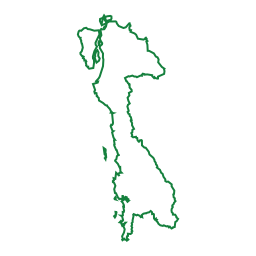 the district of Mawlamyine, Mon, Myanmar
{"feature_id": "60261553B68016490563167", "entity_name": "Mawlamyine", "entity_type": "district", "adm_level": 2, "iso_a3": "MMR", "parent_name": "Myanmar", "parent_adm1": "Mon", "projection": "orthographic", "projection_center": [97.813, 15.742], "detail": "fine", "context": "isolated", "style": "outline", "palette": "green", "viewbox_px": 256, "rotation_deg": 0, "n_neighbors": 0, "source": "geoboundaries", "source_scale": "gbopen_adm2", "svg_char_len": 5835}
<svg xmlns="http://www.w3.org/2000/svg" viewBox="0 0 256 256"><path d="M129.2,23.4L125.8,27.3L123.5,28.0L118.7,26.0L116.9,23.5L116.3,21.8L115.7,21.4L109.2,21.5L106.8,22.9L106.0,26.5L104.3,29.2L102.5,29.4L101.3,28.9L100.8,29.4L100.6,30.8L101.4,35.2L99.9,37.9L100.3,40.1L102.2,43.2L102.0,44.4L100.0,46.2L99.8,47.2L99.9,48.2L103.0,53.5L102.9,57.6L103.4,59.5L103.0,66.2L99.7,76.6L98.7,78.3L96.0,81.3L96.7,82.0L98.0,81.7L97.7,82.6L93.0,84.0L95.1,90.0L94.3,91.5L94.8,93.2L95.4,92.8L96.5,93.2L96.5,94.9L97.1,95.7L96.8,96.2L98.7,97.9L99.0,100.5L103.1,103.0L105.5,105.2L107.1,105.5L107.2,106.1L109.9,109.1L111.2,111.9L112.2,111.2L110.9,112.7L113.3,113.1L112.1,113.6L113.0,122.8L112.8,124.0L112.1,125.0L111.2,124.7L110.6,126.0L112.6,131.1L113.4,131.2L112.1,132.4L113.5,137.6L114.9,139.7L114.2,139.6L114.0,140.3L114.6,144.3L114.2,144.5L114.3,145.6L116.2,150.0L116.7,150.1L118.1,154.7L118.4,155.1L119.7,154.8L117.7,155.4L116.9,156.2L116.4,159.1L115.4,160.0L115.1,160.8L117.9,163.9L119.6,167.5L120.2,167.2L120.4,171.5L121.6,172.7L119.5,172.9L118.2,173.8L119.0,175.3L118.8,175.4L116.1,172.7L115.3,178.8L113.6,178.2L113.9,180.5L112.9,181.0L112.9,182.1L114.2,183.0L115.4,185.8L114.2,189.1L115.0,193.0L116.0,193.2L117.9,197.4L119.2,199.1L119.7,198.7L122.3,199.3L122.5,196.0L122.9,196.0L123.1,197.6L124.0,197.3L125.4,197.5L125.7,196.9L126.7,197.2L126.8,198.1L128.5,199.3L128.2,200.7L127.8,200.6L127.8,201.1L128.3,201.1L127.5,201.8L126.4,200.3L126.8,199.9L124.8,199.3L124.6,198.6L125.2,198.0L124.5,197.9L124.1,199.5L121.6,201.4L122.8,202.8L123.9,205.1L124.0,206.8L123.2,206.7L124.1,210.8L123.7,212.0L122.7,211.9L122.9,215.4L122.3,215.8L121.1,215.7L122.1,216.4L123.1,220.1L122.2,221.5L121.3,221.7L120.9,221.0L119.7,222.3L120.9,222.5L122.3,225.9L123.1,225.4L122.6,225.0L122.5,224.2L124.6,223.6L125.1,222.7L125.6,222.7L124.6,223.8L123.8,224.3L124.2,225.0L123.4,226.3L124.7,229.2L124.0,232.5L122.1,236.3L122.9,239.1L122.2,239.6L122.5,240.2L124.4,238.9L124.6,239.5L126.5,240.0L126.9,240.6L128.3,239.6L127.0,238.2L126.8,237.1L127.2,236.1L128.0,235.9L127.9,233.7L130.6,234.0L131.9,232.9L131.6,231.4L132.3,231.0L131.5,229.2L132.2,227.5L131.4,226.1L132.1,224.9L131.7,223.2L132.6,222.2L132.6,220.2L133.5,216.1L133.2,214.7L133.7,214.1L136.6,215.4L137.5,214.8L139.6,215.7L140.8,217.1L141.4,216.7L142.2,217.1L141.8,215.0L143.4,213.7L145.6,213.2L146.0,213.4L147.2,212.7L149.1,212.3L150.7,211.0L152.0,212.2L152.1,214.1L153.5,213.9L153.9,214.3L154.0,218.3L154.7,219.4L155.8,218.7L155.8,219.3L156.6,219.6L156.0,220.1L156.7,220.4L156.6,221.3L157.6,222.0L158.4,223.7L160.3,225.3L162.9,225.9L163.8,225.3L166.3,226.4L167.8,226.1L168.9,227.4L169.8,226.6L171.5,228.5L172.7,228.0L173.0,227.3L174.7,227.0L175.3,222.0L176.7,221.1L178.1,218.9L176.4,217.4L176.5,216.8L175.2,214.7L172.9,214.6L172.9,213.3L171.8,212.2L171.5,210.3L171.7,208.9L172.8,207.0L172.2,206.1L172.4,205.3L173.7,204.0L174.0,202.8L175.5,201.1L174.7,199.8L174.8,198.3L173.7,197.3L173.3,194.4L174.0,194.0L174.3,190.6L171.6,186.3L171.7,184.4L168.2,181.6L166.5,181.8L165.3,181.0L165.3,179.3L163.5,176.8L162.6,173.8L161.2,172.8L159.9,169.8L156.9,167.5L157.4,166.8L156.9,165.2L156.0,164.5L155.7,162.6L154.6,161.2L154.4,159.8L153.3,157.8L149.5,154.5L148.7,151.7L145.7,147.7L144.4,147.6L142.0,145.4L141.9,140.6L141.5,140.1L140.0,140.3L139.3,141.6L138.7,141.7L137.5,140.1L137.2,138.0L136.3,137.9L136.0,136.8L133.1,137.3L131.8,136.3L132.2,135.7L132.1,134.7L131.3,133.1L132.3,132.3L132.4,129.9L134.0,128.9L132.0,125.2L132.1,123.1L130.7,120.7L130.8,120.2L131.6,120.2L130.9,117.2L129.7,115.9L129.6,114.2L128.5,113.8L127.6,111.9L128.7,110.9L127.4,106.5L128.0,104.8L129.7,103.5L128.4,100.8L127.6,97.7L129.4,95.4L128.9,92.9L131.7,91.4L131.6,89.9L129.6,87.5L129.6,84.5L129.0,84.5L129.0,83.8L128.1,83.3L126.9,81.3L126.3,81.2L125.0,78.0L128.5,76.2L129.4,76.5L132.4,75.6L134.2,76.5L135.8,76.5L136.9,77.2L140.5,75.6L141.9,75.7L141.8,74.9L142.8,73.7L144.4,74.1L144.4,74.7L147.2,74.4L152.2,75.2L152.2,76.1L154.0,78.0L154.5,77.2L155.2,78.0L157.3,78.6L158.0,78.5L158.0,76.6L164.1,73.9L164.5,71.1L164.0,69.1L164.4,68.7L161.8,66.9L158.2,62.3L158.6,59.4L157.5,57.3L155.8,56.5L153.9,53.4L149.2,50.9L147.7,50.8L147.4,44.7L146.4,41.6L147.4,41.0L146.2,39.6L146.7,38.9L145.9,37.7L145.4,38.0L145.3,38.7L143.5,39.6L137.9,38.7L136.1,34.7L134.5,33.4L130.5,31.8L131.0,30.2L129.7,30.1L129.4,28.6L129.4,27.4L129.7,26.5L130.5,25.9L130.4,25.3L130.1,25.2L129.6,23.3L129.2,23.4ZM87.8,29.1L86.2,27.8L83.9,28.3L81.2,30.8L80.0,30.5L79.2,30.8L78.6,31.7L77.9,34.4L78.6,36.3L80.0,37.9L80.6,37.9L80.4,39.1L81.2,40.4L81.1,41.2L81.7,43.6L82.0,43.7L82.8,47.6L81.7,51.4L80.4,52.8L80.5,54.1L82.2,56.3L82.6,56.1L83.7,56.7L83.0,58.2L84.1,58.7L84.4,60.6L85.7,60.4L86.7,62.3L86.1,61.9L85.7,62.6L86.3,64.4L86.1,65.5L87.1,66.4L88.0,66.6L87.7,67.2L89.1,68.7L93.3,68.0L94.1,62.3L93.9,59.8L93.0,58.4L92.9,56.5L94.4,51.2L97.0,46.5L95.7,44.8L95.5,42.8L99.5,34.3L98.7,30.3L94.3,30.7L89.9,29.3L87.8,29.1ZM96.5,62.6L99.0,60.7L99.7,58.4L98.5,56.5L98.2,55.4L98.5,52.4L97.4,50.2L96.2,51.5L95.0,54.9L95.3,56.3L94.7,57.7L96.5,62.6ZM105.2,17.1L105.3,18.5L106.5,21.6L107.9,20.5L110.9,19.7L111.5,18.5L111.4,16.4L110.3,15.9L107.1,16.3L105.2,17.1ZM105.0,20.4L104.6,17.7L104.0,17.6L103.2,18.6L102.2,21.3L101.6,23.8L101.9,25.2L105.8,23.5L106.2,22.1L105.4,20.4L105.0,20.4ZM101.3,24.1L102.9,18.8L104.4,15.8L104.1,15.4L102.8,17.9L100.1,18.9L99.9,20.9L101.3,24.1ZM105.5,159.2L105.7,158.0L106.2,157.3L105.8,153.5L105.4,153.1L105.7,150.0L105.5,149.3L103.7,148.0L104.6,154.4L105.6,155.3L105.5,157.4L104.8,158.1L105.5,159.2ZM99.0,45.9L99.6,42.6L99.4,41.2L99.0,41.2L98.5,42.9L99.0,45.9ZM114.9,217.4L115.6,216.3L116.0,214.5L114.1,216.2L114.9,217.4ZM103.6,28.3L105.4,26.9L105.4,26.2L104.1,27.2L103.6,28.3ZM115.4,199.4L115.0,199.0L115.8,198.0L115.4,197.2L114.5,198.5L114.7,199.2L115.4,199.4ZM116.2,213.9L116.2,212.0L115.5,211.9L115.8,214.3L116.2,213.9Z" fill="none" stroke="#15803d" stroke-width="2"/></svg>